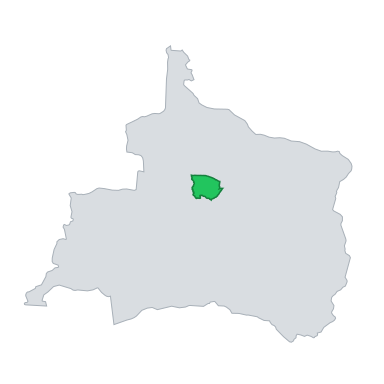 Dekese, Kasaï-Occidental, Democratic Republic of the Congo shown in context, rotated 93°
{"feature_id": "63176286B23528212594514", "entity_name": "Dekese", "entity_type": "district", "adm_level": 2, "iso_a3": "COD", "parent_name": "Democratic Republic of the Congo", "parent_adm1": "Kasaï-Occidental", "projection": "robinson", "projection_center": [21.532, -3.234], "detail": "fine", "context": "in_parent", "style": "filled", "palette": "green", "viewbox_px": 384, "rotation_deg": 93, "n_neighbors": 0, "source": "geoboundaries", "source_scale": "gbopen_adm2", "svg_char_len": 7801}
<svg xmlns="http://www.w3.org/2000/svg" viewBox="0 0 384 384"><g transform="rotate(93 192 192)"><path d="M328.5,263.0L300.3,268.0L300.9,269.8L300.6,271.7L299.9,273.2L297.0,277.1L292.8,280.8L292.7,281.6L294.9,285.7L296.2,291.2L295.8,301.0L296.4,303.6L296.2,305.6L294.8,307.9L291.9,319.7L293.7,325.3L299.3,330.6L302.5,334.6L307.9,336.0L308.8,335.8L309.2,332.5L313.5,331.2L313.4,352.2L313.1,353.3L312.3,353.6L311.2,352.9L310.9,350.9L309.7,350.1L304.4,352.6L303.1,352.6L301.6,352.1L300.5,351.1L300.2,349.5L296.5,343.4L294.7,343.0L292.6,337.5L284.2,333.5L281.0,333.2L279.4,331.9L277.7,327.6L274.9,324.8L274.3,321.8L273.8,321.3L272.0,321.9L270.6,326.8L268.7,328.0L265.2,328.1L256.6,326.7L250.5,324.2L248.8,324.3L246.4,322.1L245.4,318.3L246.0,315.4L245.5,315.0L236.1,317.4L233.8,318.9L231.7,318.5L231.1,317.7L232.0,315.7L231.5,313.6L230.9,312.6L228.1,311.8L227.2,309.5L225.5,309.1L224.9,309.5L224.5,311.1L223.5,311.6L217.9,310.8L212.0,312.9L204.3,312.3L200.5,314.8L200.0,314.7L199.2,313.4L198.5,309.5L198.8,308.4L200.0,307.6L200.4,306.0L200.0,301.9L200.4,300.9L199.9,298.6L198.8,294.8L197.1,291.8L193.6,287.1L192.9,285.0L193.2,279.8L194.3,271.6L194.2,265.5L192.8,261.6L192.4,257.4L193.4,249.7L192.5,247.9L174.7,247.2L173.9,246.7L173.6,245.6L174.4,241.1L163.5,242.2L160.3,243.1L158.3,244.9L157.6,247.3L157.6,250.6L155.9,253.7L155.5,259.1L152.5,259.7L149.5,259.7L143.7,258.6L138.0,260.1L135.3,261.5L133.8,260.8L128.8,261.4L128.1,261.0L122.3,250.4L119.7,246.9L119.2,245.2L119.4,243.5L118.7,241.3L116.0,235.9L115.5,233.3L115.6,229.4L115.3,228.1L112.8,224.6L111.2,223.5L109.5,222.9L80.4,223.4L70.7,222.7L63.7,223.2L60.2,222.9L59.2,222.4L56.0,223.1L54.3,224.6L51.8,225.3L50.2,225.0L47.2,221.1L51.3,220.4L51.6,220.0L51.8,210.6L50.7,209.2L52.9,207.6L56.5,203.5L59.9,202.0L60.4,201.1L61.1,201.2L62.4,202.9L65.4,205.2L69.1,203.2L69.5,202.6L69.9,198.6L70.9,198.3L72.5,199.1L73.3,199.1L74.9,198.0L79.7,195.9L81.1,198.5L79.8,200.9L80.4,202.5L80.5,205.1L81.3,205.7L85.0,206.0L86.1,205.3L93.5,196.1L95.4,195.0L98.5,191.3L102.7,189.6L104.5,186.8L106.8,181.6L107.9,174.1L107.5,161.1L107.8,159.4L112.8,153.6L117.9,143.0L121.4,140.2L124.0,139.1L128.0,135.2L131.2,131.3L130.8,126.7L131.5,122.8L133.2,117.9L133.8,112.6L133.2,107.1L133.5,102.6L135.9,95.5L136.1,87.2L138.2,80.3L142.5,71.5L144.5,65.0L144.1,58.5L144.6,53.8L144.4,51.0L143.6,48.6L144.0,47.0L145.7,46.4L147.7,44.0L151.3,37.6L155.1,34.6L157.8,33.6L160.6,33.7L162.5,34.2L165.4,36.7L168.9,38.7L171.4,41.2L173.9,45.0L179.9,45.9L182.5,47.3L184.1,47.8L184.7,47.4L185.9,47.6L188.8,48.8L191.0,48.1L202.2,50.7L203.5,49.4L206.6,42.8L208.9,40.5L212.8,40.3L215.7,41.6L217.3,41.6L231.0,35.9L232.8,35.6L237.8,37.0L241.0,36.1L242.4,36.3L245.2,35.3L247.4,31.4L249.3,30.4L269.1,34.7L272.1,32.6L273.5,32.4L277.9,33.9L279.2,36.3L281.9,38.4L283.7,41.9L286.7,43.8L288.2,45.7L289.9,47.0L293.5,47.4L298.0,44.3L301.2,44.6L304.5,46.3L305.6,46.2L308.0,44.4L309.3,42.5L310.5,42.0L312.4,42.9L314.0,44.7L315.4,47.4L320.3,53.3L325.1,55.8L326.3,59.5L328.0,59.1L328.9,59.5L330.1,61.8L331.0,62.2L331.2,63.2L330.0,65.4L328.9,69.5L330.3,72.1L329.1,75.8L328.5,79.6L330.1,80.5L332.1,80.5L333.9,82.5L335.3,82.8L336.8,84.9L336.5,86.7L331.8,92.9L324.7,100.6L322.4,101.5L321.1,102.9L320.3,105.1L318.2,107.0L316.6,107.8L316.5,113.3L314.1,119.0L313.2,120.2L311.9,129.5L312.1,131.1L310.8,138.7L311.0,145.8L307.6,148.0L305.2,151.5L304.2,153.9L304.2,159.7L300.4,163.2L300.1,164.0L301.0,168.1L302.4,168.7L302.5,170.1L305.6,174.5L305.4,187.9L305.6,189.2L307.2,192.4L308.3,198.5L307.1,206.3L311.3,220.4L309.4,225.7L310.3,230.6L312.8,235.9L318.8,241.0L320.4,243.1L321.9,246.0L323.3,250.4L328.5,263.0Z" fill="#d9dde1" stroke="#a8b0b8" stroke-width="1"/><path d="M193.2,165.5L193.0,165.4L192.7,165.2L192.4,165.1L192.3,164.9L192.1,164.8L191.7,164.7L191.2,164.5L191.0,164.4L190.8,164.3L190.7,164.1L190.4,163.8L190.2,163.8L190.1,163.7L189.8,163.6L189.6,163.6L189.3,163.3L189.2,162.9L188.8,162.8L188.4,162.5L188.1,162.4L187.8,162.2L187.7,162.2L187.2,161.9L186.9,161.8L186.8,161.7L186.8,161.9L186.8,162.2L186.8,162.5L186.8,163.0L186.9,163.6L186.9,163.8L186.9,164.0L187.3,164.9L187.1,164.8L187.0,164.7L186.7,164.6L186.2,164.6L185.5,164.6L185.3,164.6L185.2,164.7L184.8,165.0L184.7,165.1L184.4,165.0L183.7,165.2L183.4,165.2L183.0,165.1L182.9,165.1L182.7,164.9L182.0,165.0L181.9,165.0L181.6,164.9L181.4,164.8L181.2,164.9L180.8,164.8L180.0,164.8L180.0,165.2L180.0,165.5L179.8,165.9L179.7,166.3L179.4,166.8L179.2,167.2L179.0,167.5L178.7,168.0L178.6,168.3L178.5,168.6L178.5,168.8L178.6,169.0L178.4,169.4L178.2,169.6L177.8,169.9L177.7,170.2L177.6,170.5L177.4,171.0L177.2,171.4L177.0,171.8L176.9,172.3L176.7,172.6L176.6,173.1L176.4,173.5L176.3,174.0L176.2,174.4L176.0,174.9L176.0,175.2L175.9,175.4L175.9,175.6L175.8,175.9L175.7,176.0L175.5,176.5L175.4,177.2L175.4,177.5L175.1,178.6L174.9,179.0L174.9,179.5L174.9,179.9L174.9,180.3L175.0,180.6L174.9,180.9L174.9,181.2L174.9,181.4L175.0,181.6L175.0,181.9L175.0,182.3L175.0,182.7L175.0,183.2L175.0,183.8L175.0,184.4L175.1,185.0L175.1,185.6L175.1,186.1L175.2,186.8L175.2,187.5L175.2,188.2L175.2,188.9L175.2,189.5L175.2,189.9L175.2,190.3L175.3,190.8L175.4,191.3L175.5,191.8L175.5,192.0L175.4,192.2L175.5,192.6L175.4,192.9L175.4,193.0L175.4,193.3L175.3,193.5L175.5,193.5L175.8,193.4L176.0,193.3L176.3,193.2L176.4,193.3L176.5,193.3L176.9,193.2L177.2,192.9L177.6,192.7L177.8,192.6L178.3,192.6L178.5,192.9L178.9,192.9L179.2,192.8L179.3,192.8L179.5,192.8L179.5,192.6L179.6,192.2L179.8,192.0L180.0,191.9L180.3,191.8L180.4,191.6L180.5,191.5L180.7,191.3L180.9,191.2L181.1,191.0L181.4,190.8L181.7,190.6L181.8,190.6L182.1,190.7L182.3,190.8L182.4,190.7L182.6,190.6L183.0,190.2L183.3,190.2L183.5,190.2L183.9,190.3L184.1,190.4L184.4,190.6L184.5,190.6L184.8,190.7L185.0,190.7L185.4,190.9L185.6,191.0L185.8,191.1L186.0,191.1L186.3,191.0L186.4,191.3L186.5,191.4L186.9,191.6L187.0,191.7L187.1,191.8L187.2,192.0L187.4,192.1L187.6,192.1L187.9,191.9L188.0,191.9L188.3,191.9L188.6,191.8L188.6,191.7L188.8,191.7L188.9,191.8L189.0,191.9L189.1,191.7L189.4,191.3L189.5,191.3L189.6,191.5L189.8,191.6L190.1,191.4L190.2,191.2L190.4,191.1L190.5,191.0L190.8,191.1L191.0,191.1L191.3,191.1L191.6,190.9L191.7,190.7L191.8,190.6L192.0,190.5L192.3,190.6L192.5,190.4L192.4,190.2L192.5,190.2L192.8,190.1L193.0,190.0L193.3,190.2L193.2,190.4L193.2,190.5L193.3,190.5L193.5,190.3L193.8,190.5L194.3,190.6L194.6,190.8L195.3,190.4L195.4,190.0L195.6,189.7L195.7,189.4L195.9,189.2L196.0,189.1L196.1,188.9L196.4,188.9L196.5,188.8L196.8,188.7L197.0,188.5L197.3,188.2L197.5,188.1L197.6,187.9L197.8,187.8L197.9,187.7L198.1,187.6L198.2,187.4L198.1,187.2L197.9,187.1L197.8,186.8L198.0,186.7L197.9,186.4L197.9,186.1L197.8,185.8L197.8,185.4L197.9,184.8L197.9,184.5L197.9,184.1L197.8,183.5L197.7,183.4L197.5,183.5L197.4,183.4L197.1,183.6L196.7,183.6L196.4,183.4L196.2,183.5L196.0,183.4L195.9,183.5L195.7,183.5L195.4,183.7L195.4,183.9L195.2,183.9L195.1,183.7L194.9,183.6L194.9,183.4L194.9,183.2L194.9,182.9L194.9,182.7L194.7,182.3L194.7,182.2L194.8,181.9L194.8,181.7L194.9,181.4L194.9,181.2L195.3,180.9L195.5,180.8L195.6,180.6L195.7,180.1L195.7,179.8L195.7,179.6L195.7,179.3L195.7,178.8L195.8,178.7L196.0,178.4L196.3,178.2L196.6,177.9L196.9,177.6L197.1,177.4L197.3,177.2L197.4,176.8L197.4,176.5L197.5,176.0L197.5,175.7L197.5,175.4L197.4,175.2L197.4,174.9L197.4,174.7L197.7,174.3L197.9,174.1L198.1,174.0L198.2,173.8L198.3,173.8L198.4,173.6L198.5,173.1L198.6,172.8L198.7,172.7L198.8,172.6L199.0,172.5L199.1,172.4L198.9,172.3L198.6,172.4L198.3,172.2L198.1,171.9L197.9,171.7L197.8,171.4L197.7,171.2L197.5,170.6L197.4,170.4L197.1,170.2L197.0,169.7L196.9,169.7L196.7,169.3L196.3,168.9L196.1,168.5L196.0,168.1L196.0,167.9L195.7,167.6L195.5,167.4L195.4,167.4L195.2,167.2L195.0,166.9L194.8,166.8L194.7,166.6L194.6,166.4L194.3,166.4L194.2,166.3L193.8,166.2L193.5,166.0L193.4,165.7L193.2,165.5Z" fill="#22c55e" stroke="#15803d" stroke-width="1.5"/></g></svg>